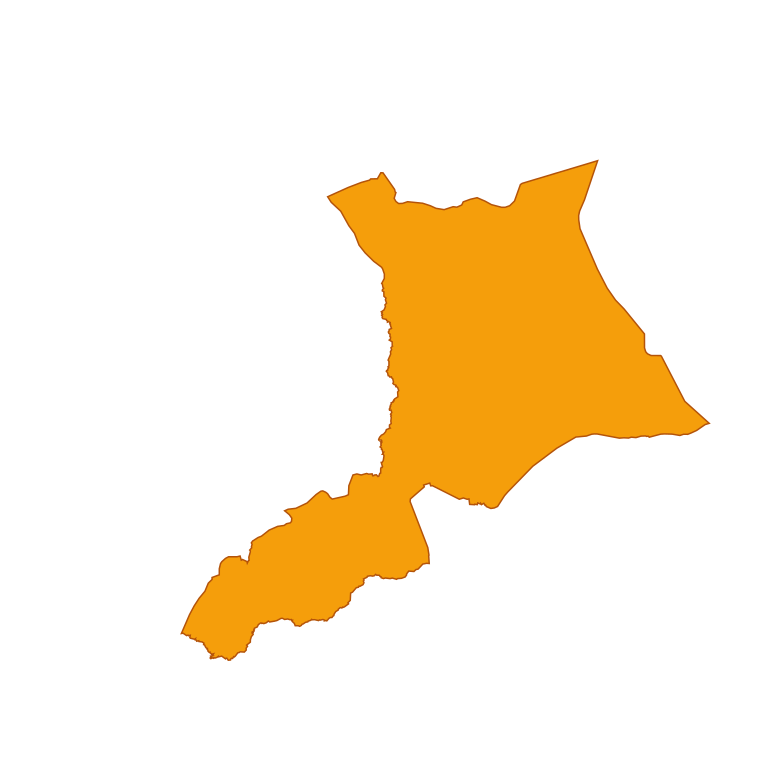 outline of Huai Mek, Kalasin, Thailand, rotated 247°
{"feature_id": "78962969B62836080496995", "entity_name": "Huai Mek", "entity_type": "district", "adm_level": 2, "iso_a3": "THA", "parent_name": "Thailand", "parent_adm1": "Kalasin", "projection": "natural_earth1", "projection_center": [103.224, 16.629], "detail": "fine", "context": "isolated", "style": "filled", "palette": "amber", "viewbox_px": 768, "rotation_deg": 247, "n_neighbors": 0, "source": "geoboundaries", "source_scale": "gbopen_adm2", "svg_char_len": 6171}
<svg xmlns="http://www.w3.org/2000/svg" viewBox="0 0 768 768"><g transform="rotate(247 384 384)"><path d="M220.7,668.0L250.5,654.1L301.3,650.2L302.1,649.7L305.9,640.9L308.9,638.3L311.5,637.5L315.4,637.9L328.3,643.3L359.3,634.3L370.7,629.9L385.0,626.9L406.4,625.3L450.3,625.1L459.0,627.4L463.0,629.0L466.8,631.7L475.2,640.5L506.1,667.9L514.7,589.6L514.3,587.5L501.4,575.6L499.0,569.4L499.3,564.6L500.7,561.3L507.1,553.0L512.8,548.5L519.1,542.5L520.3,535.7L520.7,528.1L518.4,525.5L518.3,520.2L520.2,516.9L521.0,507.5L525.4,500.5L530.0,496.3L535.3,490.2L542.6,476.9L543.0,471.7L544.4,468.0L547.3,466.3L550.9,465.9L555.6,469.8L556.3,469.3L559.0,469.8L578.8,465.6L579.7,463.6L575.5,458.1L578.0,451.8L577.3,450.4L578.4,441.9L578.9,427.7L578.4,405.3L571.9,406.4L560.0,411.7L543.4,413.5L534.2,415.7L521.5,415.3L512.0,417.9L500.9,422.5L492.4,427.4L490.4,427.7L485.1,427.3L481.0,425.5L477.4,421.1L476.5,421.5L473.5,420.8L472.3,421.1L471.4,419.4L470.4,418.8L469.0,419.9L464.8,418.2L462.3,419.4L461.0,418.2L457.4,417.9L456.5,415.8L454.6,415.5L452.2,413.0L451.5,409.7L450.4,410.3L449.9,409.5L448.5,409.8L448.3,408.7L446.9,409.0L445.8,408.2L444.6,408.5L442.5,411.4L441.5,411.2L440.6,411.9L439.6,411.4L439.6,412.5L438.2,413.7L437.1,412.8L436.6,413.3L435.4,412.8L432.2,412.6L432.2,410.1L430.8,409.3L430.2,408.3L428.6,408.3L427.5,409.1L425.4,408.0L424.6,408.4L422.7,407.3L422.4,406.0L419.6,408.0L416.3,406.6L415.5,406.7L414.7,404.6L412.6,404.4L411.2,402.5L409.0,401.9L404.4,397.1L402.9,397.4L398.7,395.6L398.2,394.3L397.1,394.7L396.2,393.2L395.3,392.9L395.4,391.8L394.9,391.1L393.0,391.7L390.1,391.1L389.9,391.6L388.1,392.1L387.7,393.6L386.8,393.4L385.5,394.1L382.1,393.5L381.1,392.4L379.8,392.9L378.0,394.6L377.0,393.8L375.7,395.2L372.2,395.0L371.3,393.4L366.8,391.8L366.1,388.0L365.3,386.5L364.6,386.7L364.4,385.4L363.8,385.2L363.9,383.2L362.6,382.8L361.9,381.5L360.9,381.4L360.5,380.4L359.5,380.4L358.9,379.1L357.7,378.9L357.2,380.3L354.7,380.0L353.6,378.2L352.4,378.6L351.8,377.7L350.3,377.6L347.2,375.8L344.8,375.2L344.1,373.0L342.0,372.1L341.0,372.5L341.1,368.4L339.4,366.8L338.1,364.1L337.9,361.6L336.7,359.2L335.1,357.4L334.4,357.3L333.4,359.7L332.3,359.7L331.9,359.4L332.1,358.4L331.2,359.0L331.0,358.2L330.2,358.2L330.0,357.6L328.6,357.5L327.6,355.8L326.0,356.7L324.8,356.1L324.3,356.6L321.6,356.2L321.3,357.0L320.0,355.1L319.7,355.9L318.0,356.0L313.8,353.4L312.6,351.7L312.9,350.8L308.4,350.3L307.9,349.6L308.3,348.8L307.4,347.9L303.3,346.1L303.4,345.2L301.3,343.3L301.2,342.3L303.4,341.5L304.0,339.4L303.6,338.8L304.0,337.7L305.9,338.0L307.0,334.6L308.4,333.1L309.2,327.4L311.8,323.9L312.4,319.9L304.1,311.9L296.0,308.0L295.9,304.5L298.3,291.4L300.9,290.0L305.1,289.2L307.2,288.0L309.5,285.9L310.0,284.0L308.8,278.4L304.5,266.6L304.0,254.3L306.2,246.8L306.1,243.0L300.7,245.8L296.5,246.7L293.6,245.1L292.8,243.4L293.5,239.6L292.8,236.9L294.5,230.5L294.4,221.2L291.8,211.7L291.9,208.1L290.8,201.7L289.6,199.8L287.9,199.9L285.9,198.3L284.9,198.2L283.6,195.5L282.9,195.8L281.6,195.3L277.4,191.9L274.4,190.9L274.4,190.3L272.6,188.2L274.1,188.5L277.8,185.1L277.6,183.8L281.9,184.3L282.4,181.2L285.7,173.4L285.4,169.9L283.8,165.3L282.6,163.4L278.3,160.2L272.7,157.8L273.1,150.1L271.3,149.4L269.3,144.4L263.2,138.2L259.0,130.1L254.0,122.7L247.7,114.9L233.5,100.0L233.1,101.7L229.5,104.0L229.4,105.5L228.6,105.8L228.4,107.5L226.4,106.2L225.6,106.5L223.0,110.0L223.2,110.9L222.3,110.2L221.8,111.0L220.4,111.1L220.1,113.2L219.3,113.0L217.6,115.8L215.8,117.0L214.6,116.1L213.9,116.9L211.8,116.9L210.3,117.3L209.6,118.1L208.9,117.5L207.8,117.9L206.7,117.6L205.2,118.3L205.1,119.1L204.4,118.9L202.9,119.8L202.7,118.9L202.3,121.6L201.8,120.8L201.1,120.9L201.4,120.0L200.7,119.2L201.1,118.4L200.1,118.6L200.4,117.5L199.6,116.9L198.8,117.3L199.0,118.8L198.2,119.7L198.7,120.5L197.8,121.2L197.6,123.4L198.1,125.1L197.5,125.1L196.9,128.3L192.9,130.7L193.3,131.5L193.0,132.2L190.6,132.7L189.9,134.9L191.0,135.8L191.0,136.9L190.5,137.4L191.8,139.1L191.2,139.6L191.7,141.0L193.7,144.4L193.4,145.7L193.7,146.9L191.8,150.7L192.9,153.2L194.7,153.9L195.9,155.9L197.3,155.5L198.6,160.1L200.8,161.1L203.3,163.2L204.6,165.7L205.5,165.7L206.4,166.6L206.8,166.3L206.5,165.4L207.2,165.6L207.4,167.9L208.0,167.9L208.3,168.5L208.7,168.2L209.8,169.3L209.9,172.4L211.6,174.3L212.2,176.8L212.1,177.5L211.3,178.0L211.2,179.0L210.4,179.7L210.2,182.4L211.0,184.9L209.6,185.8L208.5,190.5L208.1,193.0L208.5,197.7L207.9,199.1L206.1,200.5L205.3,203.6L203.8,205.3L203.4,206.7L202.6,206.6L202.3,207.5L201.4,206.7L198.7,207.9L196.2,207.8L195.0,210.6L193.9,211.7L194.1,213.6L194.9,214.7L194.7,215.8L195.3,218.7L194.8,220.9L195.3,221.4L195.1,224.3L195.6,225.5L195.0,225.7L194.2,228.0L191.8,231.3L192.1,232.3L191.6,232.9L191.1,235.8L190.0,236.9L189.3,236.5L188.9,238.3L188.3,238.8L189.8,241.8L190.0,243.2L189.4,244.9L190.3,246.4L190.4,247.3L191.7,248.2L193.4,250.7L193.8,253.5L194.5,253.9L195.3,256.3L194.3,257.7L194.8,258.6L194.4,258.9L194.3,260.5L195.5,265.5L196.7,265.3L198.0,268.4L204.6,271.6L204.7,273.7L207.3,278.9L206.9,281.1L207.7,282.0L207.2,282.9L207.5,286.3L208.9,287.9L210.7,288.0L211.3,289.0L212.6,289.0L212.7,292.8L213.5,293.6L212.9,296.4L211.6,298.5L211.3,300.1L212.0,301.9L211.0,302.4L209.7,305.0L208.3,305.2L207.6,306.0L206.8,305.7L205.1,307.5L204.9,309.4L202.5,313.5L202.1,315.8L199.3,319.3L199.6,320.4L198.3,324.2L198.1,328.1L199.4,330.2L200.3,330.5L202.1,333.7L199.7,338.3L200.7,340.8L200.3,343.1L203.1,349.4L202.3,353.2L201.1,355.5L208.4,358.0L208.8,358.5L216.3,360.4L265.6,362.1L267.9,363.4L273.6,380.9L275.5,381.0L274.9,387.4L272.0,387.2L271.4,388.9L248.5,408.3L248.1,412.5L245.4,415.5L245.0,417.3L239.7,415.8L237.5,420.2L237.9,420.6L236.5,422.7L237.9,423.8L236.0,425.7L236.5,426.3L234.9,426.5L235.2,429.3L232.9,429.6L232.8,430.2L231.2,430.3L230.4,431.1L227.7,433.7L226.8,437.1L226.9,440.7L234.1,451.3L236.3,455.8L250.2,488.9L257.4,518.1L260.2,539.9L257.0,550.0L256.6,555.7L255.8,558.2L254.7,560.7L242.2,579.5L240.7,583.9L238.7,588.0L238.4,590.9L236.2,595.0L235.6,600.2L233.9,604.7L233.3,605.0L232.7,606.8L231.4,607.4L229.7,619.2L228.4,622.8L225.3,629.6L221.0,636.3L220.7,640.1L219.0,644.0L218.9,647.5L219.1,653.7L221.2,663.8L220.7,668.0Z" fill="#f59e0b" stroke="#b45309" stroke-width="1.5"/></g></svg>